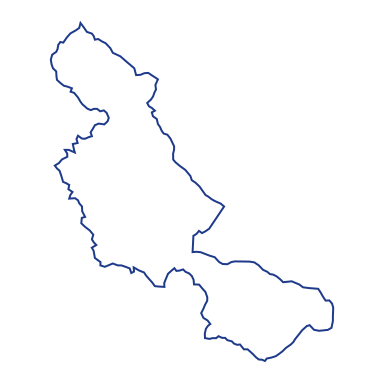 Itaperuçu, Paraná, Brazil
{"feature_id": "56859067B7017772888773", "entity_name": "Itaperuçu", "entity_type": "district", "adm_level": 2, "iso_a3": "BRA", "parent_name": "Brazil", "parent_adm1": "Paraná", "projection": "mercator", "projection_center": [-49.491, -25.111], "detail": "fine", "context": "isolated", "style": "outline", "palette": "blue", "viewbox_px": 384, "rotation_deg": 0, "n_neighbors": 0, "source": "geoboundaries", "source_scale": "gbopen_adm2", "svg_char_len": 3186}
<svg xmlns="http://www.w3.org/2000/svg" viewBox="0 0 384 384"><path d="M331.5,327.8L332.9,321.0L332.9,315.7L333.1,311.7L333.2,307.5L332.0,303.5L329.3,300.4L325.6,300.6L322.9,296.5L320.7,292.6L318.2,288.8L309.2,288.1L303.0,287.3L299.2,284.4L295.4,282.9L291.7,281.3L283.1,282.2L280.1,279.2L276.8,276.5L273.2,274.6L270.0,274.1L267.1,271.7L263.0,269.8L258.8,265.4L254.4,262.4L249.5,261.6L234.9,261.4L231.5,262.0L227.4,264.2L222.7,264.0L219.2,262.1L214.7,257.2L209.7,255.7L200.6,252.2L196.5,251.8L192.6,252.1L193.4,235.8L196.5,233.9L199.0,230.9L202.0,233.1L205.4,231.3L209.2,228.7L224.1,206.5L220.7,203.6L217.4,202.2L214.4,200.8L211.6,199.2L208.3,196.6L205.6,195.1L202.6,190.9L199.6,186.6L195.5,182.7L191.8,180.2L190.4,176.0L185.2,169.8L179.9,166.0L175.5,162.3L173.2,159.6L173.1,153.7L174.1,149.7L174.1,146.3L170.5,138.7L167.4,134.7L163.7,133.6L161.7,130.8L160.0,126.9L157.9,124.0L156.8,119.0L153.0,116.3L151.8,112.4L154.9,110.7L151.9,108.0L149.0,106.3L147.2,103.0L151.0,99.5L153.1,96.4L154.4,92.7L156.0,89.5L155.4,85.0L157.9,79.3L154.3,76.9L151.8,75.3L148.2,72.9L144.3,73.2L140.5,74.8L136.1,75.1L134.3,68.3L127.2,62.3L120.3,56.3L112.8,52.8L110.3,48.1L105.5,43.1L101.9,41.4L98.2,39.0L94.9,39.7L93.8,36.2L91.9,33.6L86.9,31.9L84.0,27.7L80.5,23.0L79.2,28.0L75.9,30.3L70.4,33.4L66.8,37.5L63.3,42.6L60.3,42.0L58.2,45.0L57.6,48.9L56.3,51.8L52.2,54.7L50.8,59.7L51.6,64.4L53.0,68.3L56.2,71.4L56.5,76.7L57.0,79.9L60.3,82.9L63.8,85.7L67.6,86.7L71.9,88.3L70.6,91.7L74.2,92.9L78.0,97.5L80.4,101.6L82.3,104.2L87.4,108.7L90.8,110.1L93.8,108.9L97.1,108.9L100.2,111.3L103.8,110.4L106.6,112.8L108.8,117.9L107.6,121.3L104.3,124.4L98.7,123.6L94.9,125.2L92.5,129.4L90.6,132.4L91.9,136.2L88.8,137.1L84.9,138.8L81.8,138.5L78.0,135.7L76.5,139.0L77.6,143.0L72.8,144.0L73.9,149.2L74.8,152.5L68.9,149.9L64.9,149.9L67.2,153.5L67.3,156.8L62.0,159.4L59.0,163.0L54.8,165.6L57.1,168.6L59.5,170.6L61.2,175.5L63.1,181.9L66.0,183.1L69.2,184.9L68.4,189.2L72.5,192.0L70.4,194.9L69.2,198.6L75.1,198.2L78.0,200.3L79.3,203.4L82.0,206.5L82.2,211.3L85.1,216.9L81.8,217.9L81.3,223.3L85.0,226.8L89.7,230.4L93.3,234.7L91.9,239.4L93.8,242.4L96.3,245.0L91.8,247.7L93.6,250.7L94.9,258.0L100.5,262.1L100.4,265.4L104.8,266.8L109.5,264.9L112.8,263.5L117.8,265.4L121.4,265.4L126.1,267.0L129.7,268.4L131.3,273.0L134.0,271.6L133.7,267.4L139.1,270.5L144.1,272.5L145.9,275.3L149.0,278.9L152.3,282.6L154.8,286.1L158.1,286.5L164.4,286.9L164.2,283.1L166.0,278.6L168.0,273.8L172.1,270.1L174.4,268.2L176.4,270.9L179.5,270.6L183.1,269.4L185.5,271.8L189.1,273.4L191.8,276.0L193.6,279.8L194.0,284.4L199.1,284.6L202.3,288.5L205.4,291.9L207.3,297.3L207.2,300.8L205.0,304.9L203.1,309.4L201.2,313.1L203.4,317.9L207.5,320.4L210.3,324.0L207.9,325.9L205.9,328.8L204.8,333.5L205.0,338.1L209.5,338.9L212.8,338.1L216.1,338.2L218.5,336.2L222.2,337.9L225.2,337.9L227.4,340.2L231.8,341.3L234.0,343.6L237.1,344.8L240.0,344.5L243.9,349.3L247.6,349.3L252.5,353.7L255.9,357.2L258.8,359.5L262.0,359.7L264.9,361.0L266.8,358.5L271.3,357.6L275.8,356.2L278.9,354.0L282.6,351.2L285.9,347.9L290.7,344.6L293.4,342.0L295.0,339.3L298.1,335.4L302.2,330.2L306.9,326.0L309.7,325.2L314.0,329.8L319.1,330.8L327.8,329.9L331.5,327.8Z" fill="none" stroke="#1e3a8a" stroke-width="2"/></svg>